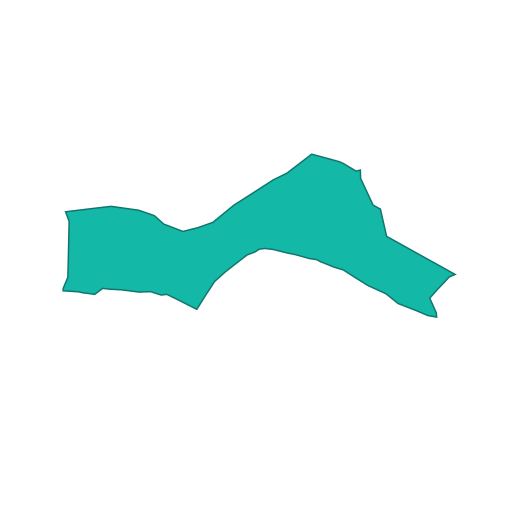 Tulus, Southern Darfur, Sudan (Albers equal-area conic projection), rotated 210°
{"feature_id": "16777658B64128341044045", "entity_name": "Tulus", "entity_type": "district", "adm_level": 2, "iso_a3": "SDN", "parent_name": "Sudan", "parent_adm1": "Southern Darfur", "projection": "albers", "projection_center": [24.908, 11.261], "detail": "fine", "context": "isolated", "style": "filled", "palette": "teal", "viewbox_px": 512, "rotation_deg": 210, "n_neighbors": 0, "source": "geoboundaries", "source_scale": "gbopen_adm2", "svg_char_len": 1070}
<svg xmlns="http://www.w3.org/2000/svg" viewBox="0 0 512 512"><g transform="rotate(210 256 256)"><path d="M82.8,289.7L77.2,290.4L69.0,293.4L71.4,296.9L78.6,302.1L84.5,306.4L83.2,312.5L82.1,317.9L79.7,327.7L78.2,334.5L74.3,339.6L152.7,338.3L171.7,358.8L180.0,358.6L204.2,375.5L208.6,382.6L211.9,379.5L226.6,379.8L229.5,379.5L231.1,379.3L258.7,372.0L270.6,343.3L279.2,330.4L295.1,299.5L300.6,288.9L310.2,263.5L320.4,251.6L331.6,240.7L351.9,237.5L364.1,240.1L380.4,237.0L406.2,226.6L413.1,221.5L428.1,210.3L443.0,199.1L435.1,192.5L410.9,148.3L408.3,143.4L407.3,135.7L406.8,131.7L405.7,129.4L391.7,136.3L387.7,137.5L379.6,140.9L376.5,142.1L372.6,151.3L365.9,154.2L355.9,159.3L339.2,166.3L329.5,172.4L318.6,174.8L314.0,178.2L299.4,179.2L280.6,180.2L280.0,196.6L279.1,213.2L274.5,227.3L264.3,252.4L259.1,258.7L256.6,263.5L252.2,266.9L244.0,270.4L230.5,274.2L222.8,276.8L219.5,277.7L208.4,280.5L201.6,283.2L197.3,283.3L182.6,285.4L173.4,287.6L159.1,286.9L144.2,286.4L124.5,288.3L109.1,285.9L90.8,288.7L82.8,289.7Z" fill="#14b8a6" stroke="#0f766e" stroke-width="1.5"/></g></svg>